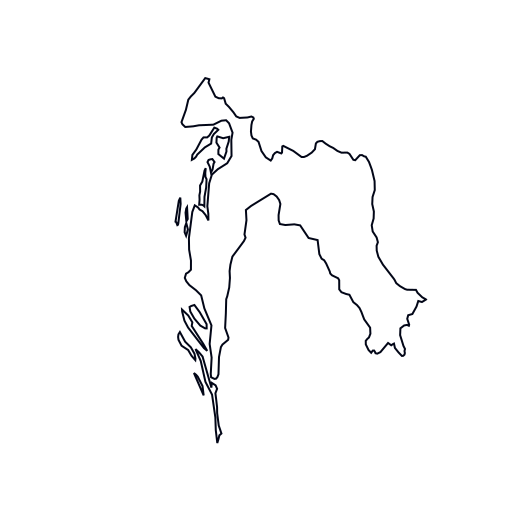 the border of Croatia, rotated 51°
{"feature_id": "HRV", "entity_name": "Croatia", "entity_type": "country or territory", "adm_level": 0, "iso_a3": "HRV", "parent_name": "Europe", "parent_adm1": "", "projection": "robinson", "projection_center": [16.337, 44.484], "detail": "fine", "context": "isolated", "style": "outline", "palette": "ink", "viewbox_px": 512, "rotation_deg": 51, "n_neighbors": 0, "source": "natural_earth", "source_scale": "50m", "svg_char_len": 4657}
<svg xmlns="http://www.w3.org/2000/svg" viewBox="0 0 512 512"><g transform="rotate(51 256 256)"><path d="M89.3,181.0L91.4,183.8L106.6,187.3L109.9,185.7L112.0,183.4L112.0,181.9L113.3,181.5L118.6,183.7L123.0,183.2L130.1,183.1L135.1,183.5L138.4,181.8L143.0,175.4L144.7,171.8L146.7,170.9L148.0,171.4L149.0,174.3L151.3,177.1L156.1,181.6L159.5,183.7L162.6,184.5L165.7,182.7L168.9,182.2L177.9,185.7L185.5,186.3L191.1,184.5L190.4,182.0L188.4,179.2L187.9,176.5L188.3,174.1L192.2,171.8L192.0,170.7L187.4,166.6L187.6,165.5L197.8,160.9L207.7,158.3L209.3,156.3L210.2,153.3L210.7,147.6L210.1,143.0L206.2,138.6L205.9,136.4L206.9,134.1L208.4,132.1L212.4,131.2L217.0,129.7L220.6,128.0L225.6,126.6L229.4,124.6L233.2,119.9L235.5,119.1L242.5,119.8L244.0,118.6L243.0,111.9L244.3,110.1L246.7,109.2L247.9,108.2L254.0,109.0L259.1,110.7L262.2,111.8L272.4,116.7L279.5,122.2L283.5,128.3L288.8,133.0L295.6,136.4L300.9,141.0L304.9,146.7L310.4,149.9L317.5,150.6L322.0,152.6L323.9,155.8L327.8,158.8L333.6,161.4L342.6,162.8L360.0,163.2L361.5,163.3L365.4,164.1L370.0,163.1L375.5,161.0L377.3,159.8L383.0,153.0L386.3,153.6L392.7,152.8L396.5,151.3L396.8,151.3L396.6,153.0L396.2,156.0L393.1,158.2L396.3,163.1L399.5,171.0L397.8,175.0L400.0,178.0L405.8,180.2L406.4,181.1L404.6,182.0L403.2,184.6L403.1,189.3L408.2,193.8L418.7,198.0L422.0,198.7L423.3,200.4L425.1,201.4L426.1,202.7L426.2,204.4L425.5,205.5L420.6,205.9L414.9,205.9L410.9,203.9L410.6,205.4L410.5,207.1L406.7,208.1L409.0,219.8L408.2,223.2L406.8,224.3L405.4,223.9L403.8,223.7L403.0,224.8L403.7,227.4L399.9,227.7L393.8,226.3L391.0,224.1L390.5,221.7L390.4,219.5L388.4,216.0L383.5,212.4L373.4,211.8L369.7,210.6L365.8,209.3L361.6,208.3L357.7,208.4L353.1,209.4L344.9,207.8L342.2,209.9L337.9,212.4L334.3,212.3L327.2,206.6L325.0,206.2L318.8,209.1L316.3,209.3L314.4,208.4L306.0,206.2L302.2,205.7L299.4,206.7L294.4,205.6L282.4,198.1L275.1,203.8L260.0,202.4L255.5,206.3L250.4,213.7L246.2,217.3L242.6,216.0L238.4,212.7L230.9,204.3L227.1,202.8L222.8,202.5L219.0,203.4L217.0,205.1L215.4,217.4L214.0,228.3L213.9,234.9L222.2,240.9L232.0,251.4L235.2,252.6L236.8,256.0L239.1,264.8L241.6,274.7L246.6,281.3L251.1,286.0L256.7,290.1L263.6,296.6L269.2,303.7L270.8,306.3L281.8,315.7L292.5,325.3L302.1,328.7L303.6,330.4L303.7,337.8L304.7,340.6L311.2,348.3L324.3,359.6L325.8,362.2L326.2,364.2L325.4,365.6L322.0,367.2L319.2,365.4L307.0,354.4L295.2,347.4L281.9,334.3L264.2,329.1L252.1,323.4L244.8,324.2L236.7,326.1L231.8,326.1L228.2,325.1L225.7,321.5L226.1,318.8L225.7,315.2L218.6,309.4L209.0,304.0L199.9,296.9L181.7,277.8L178.1,271.7L181.7,270.5L184.4,270.6L187.5,269.4L192.5,269.4L198.4,270.6L193.2,266.5L186.7,262.5L170.0,246.6L165.0,239.1L164.5,231.1L165.8,220.0L162.9,212.1L150.1,202.0L145.4,196.6L135.9,193.4L131.7,193.8L129.1,197.7L127.1,206.5L118.5,218.1L115.7,223.2L111.2,229.8L107.3,230.3L105.1,229.7L98.3,218.5L91.9,210.2L91.0,206.2L90.5,201.4L85.8,183.5L89.3,181.0ZM372.2,394.6L372.3,397.3L374.6,400.3L377.0,403.8L366.1,396.9L355.9,389.2L336.1,377.4L322.0,374.5L302.8,365.0L290.3,361.6L295.1,360.9L300.5,360.8L330.2,373.5L326.8,370.2L331.1,368.8L334.7,369.8L337.1,373.9L341.6,376.7L349.0,381.4L353.7,385.1L364.4,391.7L366.9,392.6L372.2,394.6ZM141.4,242.5L140.9,245.3L137.4,241.8L135.7,235.4L131.3,225.1L130.8,222.2L133.1,219.3L133.0,216.5L130.0,207.6L132.6,206.1L134.2,205.9L134.7,212.1L136.1,215.7L140.4,220.1L139.4,227.4L140.2,237.8L141.1,240.1L141.4,242.5ZM160.2,219.6L153.1,221.1L149.7,218.3L148.8,216.1L143.0,215.4L139.4,212.2L138.7,210.8L143.8,207.4L146.5,201.8L149.9,205.2L154.0,211.5L156.2,213.2L160.2,219.6ZM275.0,343.1L265.8,343.3L257.8,342.0L253.8,339.7L254.1,337.8L255.3,334.7L264.3,335.1L277.9,337.3L281.2,339.9L280.2,341.1L275.0,343.1ZM299.0,353.6L294.9,354.4L268.8,353.8L261.2,352.3L252.8,348.4L251.1,347.2L259.6,346.1L267.5,347.2L269.9,350.0L291.2,352.3L299.0,353.6ZM181.9,266.0L180.4,267.9L176.7,264.4L173.2,261.8L170.8,258.9L166.0,255.1L164.4,250.9L157.2,242.2L156.1,239.8L159.7,243.3L162.7,245.5L165.2,246.1L171.4,251.6L177.6,258.8L184.9,264.9L183.4,265.1L181.9,266.0ZM267.2,363.0L278.0,365.0L286.0,364.1L293.2,365.3L297.6,367.6L298.7,368.7L292.9,368.9L286.4,367.9L278.9,370.3L272.4,369.0L269.9,367.5L268.1,365.6L267.2,363.0ZM181.8,295.9L182.6,297.0L182.5,297.7L179.5,296.7L178.7,297.0L164.5,281.2L163.0,278.1L168.1,281.8L181.8,295.9ZM161.4,235.3L162.8,238.5L157.4,235.7L152.5,234.6L151.5,232.4L152.2,230.6L153.2,228.9L156.9,229.1L157.5,230.8L161.4,235.3ZM323.4,379.4L331.4,384.4L307.9,377.9L310.6,377.3L313.1,377.2L323.4,379.4ZM192.5,292.2L196.3,297.6L192.6,296.5L188.8,293.1L186.6,289.5L192.5,292.2ZM184.3,285.8L185.2,288.3L178.0,283.5L175.2,280.3L174.7,278.9L184.3,285.8Z" fill="none" stroke="#020617" stroke-width="2"/></g></svg>